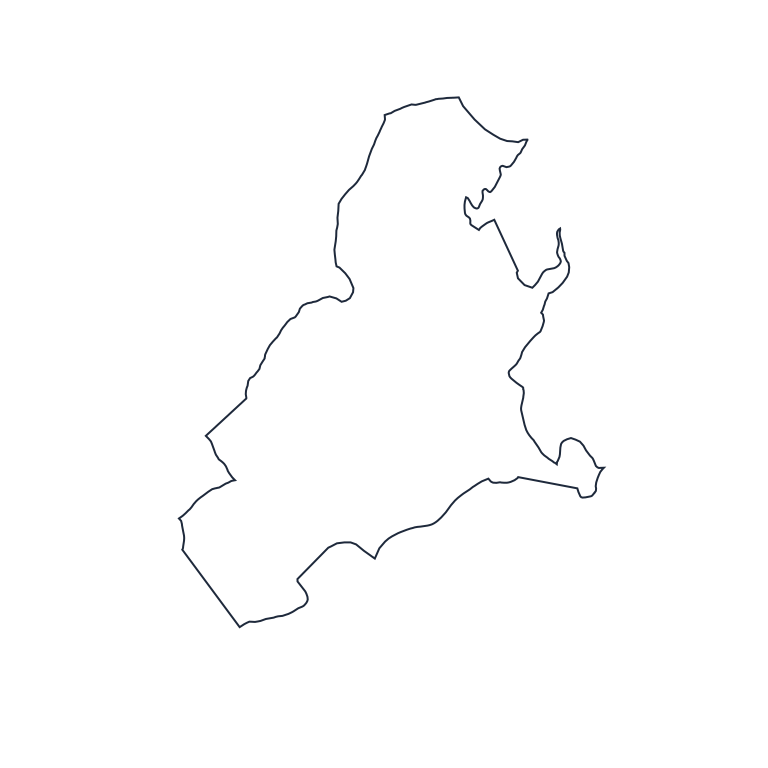 outline of Monchy/Riviere Mitan, Gros Islet, Saint Lucia, rotated 53°
{"feature_id": "8701671B97135267153779", "entity_name": "Monchy/Riviere Mitan", "entity_type": "district", "adm_level": 2, "iso_a3": "LCA", "parent_name": "Saint Lucia", "parent_adm1": "Gros Islet", "projection": "natural_earth1", "projection_center": [-60.94, 14.05], "detail": "fine", "context": "isolated", "style": "outline", "palette": "slate", "viewbox_px": 768, "rotation_deg": 53, "n_neighbors": 0, "source": "geoboundaries", "source_scale": "gbopen_adm2", "svg_char_len": 6165}
<svg xmlns="http://www.w3.org/2000/svg" viewBox="0 0 768 768"><g transform="rotate(53 384 384)"><path d="M275.4,122.5L275.1,122.4L272.6,126.0L271.6,131.3L267.5,135.4L264.0,139.5L258.0,143.6L250.9,146.6L241.4,150.1L227.3,152.5L209.7,153.6L200.1,151.8L197.6,155.6L193.5,161.5L191.5,165.1L189.0,168.9L188.4,170.2L187.8,171.0L187.2,173.0L185.3,178.4L184.3,180.8L184.0,181.8L180.4,190.2L179.9,191.0L177.3,193.8L174.9,201.2L174.3,203.6L174.0,205.4L172.3,211.1L171.8,215.7L171.2,216.8L169.6,221.6L173.2,223.9L173.8,224.6L175.5,227.4L177.3,231.1L178.0,232.3L179.2,234.6L179.9,235.7L181.9,239.6L183.0,242.1L184.5,244.6L186.7,247.8L188.9,252.2L193.2,258.9L197.8,264.9L199.8,267.8L200.8,269.4L201.5,270.3L203.7,275.7L204.0,277.1L205.2,280.2L206.4,283.7L206.9,285.7L207.5,289.4L207.9,295.1L209.1,300.8L210.6,306.5L212.8,311.8L218.3,316.4L223.2,321.1L228.4,324.6L230.9,327.3L232.8,329.7L237.3,333.3L240.9,336.6L246.9,342.8L251.1,345.4L255.4,347.9L257.8,349.4L261.5,351.1L264.2,349.5L272.2,348.3L279.4,348.3L289.0,350.7L292.1,353.5L294.9,359.6L294.5,364.4L292.8,368.4L287.0,370.5L281.3,374.8L280.7,376.5L278.5,381.1L277.7,386.6L277.5,387.5L277.1,388.8L275.7,391.5L275.4,392.8L273.4,396.6L272.9,399.2L272.4,400.8L272.5,402.4L273.2,405.8L275.3,408.7L275.6,409.6L277.0,414.0L277.1,415.2L275.8,419.6L276.3,423.9L277.6,428.4L278.2,431.0L279.2,433.9L280.8,437.0L282.4,441.5L282.5,443.0L283.3,447.4L284.3,451.7L286.1,455.8L288.7,460.7L289.4,461.7L290.4,462.5L291.2,463.5L291.8,464.0L293.0,467.4L294.6,471.5L297.0,474.4L297.9,477.5L298.1,478.7L299.0,481.7L299.3,483.4L299.3,484.4L298.7,487.4L299.9,490.6L303.3,494.0L304.3,495.7L305.7,497.5L306.5,498.4L308.9,500.5L312.3,502.3L312.7,502.7L318.2,557.5L322.8,556.9L325.7,556.8L328.1,557.4L335.6,559.7L336.7,560.1L339.3,560.8L342.9,561.0L344.7,561.3L347.8,560.4L349.5,560.0L351.4,559.7L352.5,559.7L354.7,559.8L358.6,560.7L359.1,561.0L361.8,561.3L367.2,561.4L371.2,560.9L369.9,563.5L369.5,564.6L369.1,567.7L368.3,570.4L367.6,577.3L367.4,578.2L366.8,579.3L366.2,580.7L365.7,581.7L364.6,584.5L364.3,589.1L364.3,596.1L364.2,598.7L364.3,602.1L364.6,604.7L365.1,606.9L365.3,608.0L366.6,612.0L367.2,614.8L367.2,616.1L367.8,620.2L368.1,623.7L368.1,625.2L368.0,628.7L371.2,628.4L371.7,628.6L374.3,629.7L375.2,630.3L377.4,631.4L384.8,635.0L386.8,636.3L388.9,638.1L392.8,642.1L393.9,643.1L394.6,644.0L394.9,644.8L491.3,645.6L491.5,643.0L491.7,640.1L492.2,637.1L492.8,634.5L496.4,630.2L497.7,627.7L498.9,625.2L500.6,619.7L504.2,612.7L504.8,610.7L505.8,608.4L508.1,604.6L509.3,601.0L510.1,598.7L510.9,594.7L511.1,593.1L511.5,587.4L512.6,583.3L512.8,581.8L512.7,580.7L512.3,578.7L512.0,577.6L511.2,575.9L510.2,574.6L507.9,573.2L504.8,572.2L502.3,571.7L489.7,571.9L487.7,570.5L481.2,527.0L481.8,524.2L482.9,517.5L486.7,510.9L490.4,506.0L495.3,502.8L505.2,500.4L517.9,496.4L512.4,486.6L510.5,477.9L510.2,473.3L510.5,469.3L511.6,462.6L512.3,459.8L514.2,453.3L515.4,449.8L516.3,447.7L517.0,445.7L518.3,443.2L519.8,440.8L523.2,434.6L524.1,432.6L524.9,430.3L525.3,428.2L525.5,425.9L525.5,423.6L525.0,418.6L523.7,411.9L521.1,403.4L519.8,397.4L519.4,393.5L519.3,389.2L519.3,386.4L519.8,379.0L519.7,375.1L519.9,373.0L520.1,369.4L520.6,364.5L522.4,357.6L525.9,357.4L526.9,357.1L528.5,356.2L530.6,353.7L532.3,350.5L533.4,349.5L535.4,347.2L536.8,345.3L537.6,343.8L538.4,341.8L539.4,337.6L539.5,333.9L539.1,332.9L583.7,292.4L587.2,293.7L591.9,294.8L593.1,294.6L594.2,293.8L595.8,291.3L597.6,287.6L598.2,286.3L598.4,285.4L598.3,284.4L596.8,278.8L596.9,279.1L595.1,277.5L593.0,276.4L590.3,273.7L587.5,269.7L585.9,267.0L584.4,264.2L583.5,260.8L583.2,258.8L580.3,263.0L579.0,263.7L577.0,264.1L571.5,262.6L569.6,262.2L568.5,262.1L565.2,262.6L558.6,262.6L553.3,261.8L548.0,262.2L543.7,264.5L539.7,267.2L538.3,271.0L537.6,274.7L537.7,276.0L537.9,277.2L538.5,278.7L540.9,281.4L546.0,285.8L547.8,287.7L550.1,291.7L550.4,292.7L552.1,294.3L550.1,294.8L548.9,295.5L547.1,295.9L542.8,297.5L541.3,297.8L537.4,299.0L534.7,299.4L533.2,299.5L527.7,298.8L520.4,298.5L519.1,298.3L515.8,298.7L512.3,298.8L509.3,298.6L506.4,298.1L501.2,296.3L487.4,290.2L485.8,289.1L484.0,287.3L478.8,281.1L477.9,280.3L475.4,277.8L472.9,276.2L471.9,276.0L471.0,275.2L470.0,275.1L466.2,276.4L462.7,277.5L456.4,279.0L454.6,279.2L453.2,279.1L450.5,277.9L449.8,277.4L449.1,276.5L448.8,275.5L448.5,273.0L448.2,269.0L448.0,267.2L447.7,265.8L446.2,262.3L445.8,260.8L445.3,259.5L443.2,256.5L441.6,254.5L439.5,249.2L437.6,241.2L436.7,236.5L436.3,233.8L436.2,230.7L436.3,228.2L436.1,227.3L433.3,222.6L430.5,218.9L429.6,218.0L426.2,216.4L424.2,215.3L421.7,215.6L420.3,212.5L417.9,209.2L417.2,208.0L415.2,205.6L413.8,202.4L410.7,198.0L412.1,194.1L411.8,186.7L410.8,180.5L408.5,173.2L406.1,169.3L402.2,165.8L398.5,163.9L395.6,163.9L390.3,162.7L387.8,160.9L386.3,161.0L385.3,160.7L379.1,157.5L373.7,155.4L371.1,154.2L368.8,152.6L366.8,150.4L365.8,149.8L365.7,151.3L366.2,152.9L366.8,154.2L367.8,155.2L369.1,156.1L371.9,157.5L374.1,158.2L376.1,159.3L377.5,160.3L378.6,161.4L380.8,164.3L382.9,166.5L384.1,167.1L386.2,167.8L387.9,168.1L389.3,168.0L390.8,168.3L392.4,168.9L393.3,170.0L393.9,171.5L394.3,173.2L394.4,174.7L394.3,176.7L393.9,178.4L390.7,184.8L390.4,185.9L390.4,188.0L390.6,189.8L391.2,191.5L394.9,199.5L395.9,203.9L396.4,207.6L389.6,212.2L380.2,213.4L375.0,211.0L374.1,208.9L319.2,197.1L318.7,199.5L317.8,202.9L317.4,204.7L317.3,206.4L317.2,210.8L317.3,213.2L318.1,215.5L309.7,218.6L308.4,218.7L307.6,218.4L305.5,216.7L303.6,215.8L302.1,215.9L299.2,216.9L297.5,216.9L296.1,216.4L292.2,214.0L289.5,212.0L287.0,209.6L284.3,206.1L286.0,205.2L289.7,205.5L291.2,205.8L293.9,206.1L295.6,206.1L297.5,205.8L299.3,204.7L299.9,203.9L300.1,203.1L300.1,202.5L299.8,201.8L298.1,199.0L296.8,195.6L296.0,194.1L294.9,193.0L293.0,191.5L290.4,190.1L289.1,189.1L288.7,187.2L289.0,186.0L289.4,185.5L289.9,185.2L291.6,184.9L292.8,184.8L294.1,184.2L294.6,183.7L294.7,182.6L294.5,181.5L293.3,176.9L288.3,166.5L287.5,165.2L286.9,164.6L283.3,163.0L281.6,162.1L280.8,160.9L280.6,159.6L280.8,158.7L281.2,157.9L284.5,155.7L285.7,153.2L286.0,152.1L285.9,151.1L284.8,146.5L283.0,142.3L282.2,140.8L281.7,139.3L281.6,136.2L281.2,135.2L279.6,132.3L278.3,127.9L276.1,124.3L275.4,122.5Z" fill="none" stroke="#1e293b" stroke-width="2"/></g></svg>